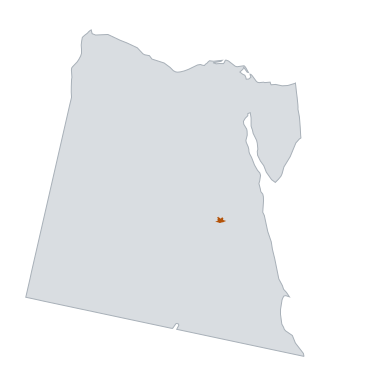 Nag Hammadi, Qina, Egypt shown in context, rotated 12°
{"feature_id": "37247803B20461221508658", "entity_name": "Nag Hammadi", "entity_type": "district", "adm_level": 2, "iso_a3": "EGY", "parent_name": "Egypt", "parent_adm1": "Qina", "projection": "natural_earth1", "projection_center": [32.278, 26.068], "detail": "fine", "context": "in_parent", "style": "filled", "palette": "amber", "viewbox_px": 384, "rotation_deg": 12, "n_neighbors": 0, "source": "geoboundaries", "source_scale": "gbopen_adm2", "svg_char_len": 4863}
<svg xmlns="http://www.w3.org/2000/svg" viewBox="0 0 384 384"><g transform="rotate(12 192 192)"><path d="M335.5,329.5L327.7,329.5L319.8,329.5L312.0,329.5L304.1,329.5L296.3,329.5L288.4,329.5L280.6,329.5L272.8,329.5L264.9,329.5L257.1,329.5L249.2,329.5L241.4,329.5L233.6,329.5L225.7,329.5L217.9,329.5L210.0,329.5L205.6,329.5L206.3,327.0L206.8,325.2L206.3,324.0L204.7,323.7L203.7,324.1L201.4,329.4L200.2,329.6L197.4,329.6L188.3,329.6L179.1,329.6L170.0,329.6L160.9,329.6L151.7,329.6L142.6,329.6L133.5,329.6L124.3,329.6L115.2,329.6L106.1,329.6L97.0,329.6L87.8,329.6L78.7,329.6L69.6,329.6L60.4,329.5L51.3,329.5L51.4,323.2L51.5,316.8L51.6,310.4L51.6,304.0L51.7,297.6L51.8,291.2L51.9,284.8L52.0,278.4L52.1,272.0L52.2,265.6L52.3,259.2L52.4,252.8L52.5,246.4L52.6,240.1L52.7,233.7L52.8,227.3L52.9,220.9L53.0,214.5L53.1,208.1L53.2,201.7L53.3,195.3L53.4,188.9L53.5,182.5L53.6,176.1L53.7,169.7L53.8,163.3L53.9,156.9L54.0,150.5L54.1,144.1L54.2,137.7L54.3,131.3L54.5,124.9L54.3,123.7L53.1,119.3L52.0,113.8L50.8,107.0L50.7,104.8L48.7,97.8L48.5,95.8L49.1,94.4L52.7,88.5L53.8,85.7L54.8,82.2L55.1,79.4L54.2,75.2L53.1,71.3L52.7,67.4L52.6,63.5L54.5,60.9L56.7,58.4L57.5,56.9L58.8,55.2L59.7,54.4L61.4,57.9L65.1,58.5L77.0,55.4L90.1,58.5L97.3,59.7L108.5,62.3L115.2,67.0L117.1,67.6L122.0,67.5L125.2,70.3L137.9,71.6L144.7,74.7L148.5,77.2L150.9,77.9L152.9,77.8L155.7,76.9L159.2,75.2L163.0,72.8L171.0,66.6L173.8,65.5L175.6,65.8L177.8,65.7L178.7,64.1L179.9,62.9L180.6,61.6L181.8,60.0L185.9,59.6L194.2,56.9L193.2,58.2L185.7,61.2L188.9,61.6L192.2,60.6L196.0,59.9L196.7,58.6L197.2,56.2L197.9,55.9L200.5,56.3L208.2,60.0L210.1,60.1L215.5,58.1L216.7,57.7L218.4,58.8L222.4,63.4L221.0,63.3L216.7,59.3L216.3,61.3L213.9,64.7L216.9,66.2L219.4,66.8L220.8,68.7L221.6,70.4L224.0,69.7L225.8,67.4L224.9,66.1L224.3,64.7L225.1,64.7L226.8,65.8L231.7,70.2L233.3,71.1L235.2,71.0L239.2,69.7L240.3,69.9L245.6,68.3L246.2,69.5L247.1,70.7L251.4,69.4L258.1,69.4L263.6,67.9L270.0,64.4L270.5,63.9L270.8,64.8L271.6,67.1L273.6,73.2L275.3,78.0L277.4,84.6L278.1,87.1L278.4,88.9L281.4,96.1L283.2,102.1L284.6,106.9L286.5,114.0L287.3,116.5L286.0,117.8L283.4,122.4L280.7,137.0L276.7,148.4L276.3,155.5L275.7,158.1L273.8,161.7L271.5,165.3L267.3,163.4L260.6,157.2L256.7,151.3L252.5,147.5L248.5,142.4L247.4,138.7L247.5,136.4L245.7,130.7L244.4,128.0L239.6,121.9L238.2,118.7L237.2,117.2L236.1,115.2L234.4,107.3L232.5,102.3L230.3,103.7L230.7,105.8L228.8,108.7L227.6,112.1L228.5,114.9L232.4,119.1L233.2,120.9L234.2,124.9L234.0,130.3L234.7,132.1L237.6,136.2L238.7,138.5L239.3,140.6L240.3,142.5L243.2,146.0L247.5,152.6L251.5,157.1L254.4,159.3L255.6,161.5L255.9,167.1L255.7,169.8L258.2,174.8L259.2,177.3L261.7,179.4L262.8,181.8L263.8,185.7L265.4,197.1L267.6,199.9L274.3,214.9L279.9,224.3L282.6,231.4L286.8,240.1L295.0,259.0L299.9,264.8L301.8,268.1L305.3,270.6L309.1,274.3L305.5,273.9L304.6,274.1L303.4,274.8L302.8,277.0L302.5,278.8L303.0,288.4L304.0,293.3L307.3,302.5L309.7,305.3L310.8,307.1L312.5,308.4L320.0,311.5L324.5,318.2L334.5,326.7L335.5,329.0L335.5,329.5Z" fill="#d9dde1" stroke="#a8b0b8" stroke-width="1"/><path d="M223.5,212.4L223.6,212.5L223.6,212.4L223.8,212.6L223.7,212.8L223.6,213.0L223.4,213.3L223.5,213.4L223.6,213.5L223.7,213.8L223.8,213.9L223.7,214.1L223.8,214.4L223.8,214.5L223.8,214.8L223.9,215.0L223.7,215.3L223.4,215.5L223.6,215.5L223.9,215.6L224.2,215.6L224.4,215.6L224.6,215.6L224.8,215.6L225.0,215.5L225.3,215.8L225.6,215.7L225.8,215.6L226.0,215.6L226.3,215.4L226.4,215.2L226.7,215.1L226.9,215.0L227.0,215.0L227.2,214.8L227.3,214.8L227.5,214.7L227.8,214.6L228.0,214.6L228.3,214.5L228.5,214.4L228.7,214.2L228.8,214.1L229.1,213.9L228.9,213.9L228.9,213.7L228.7,213.7L228.4,213.7L228.4,213.8L228.2,213.9L227.9,213.8L227.7,213.7L227.4,213.5L227.3,213.4L227.2,213.4L226.9,213.4L226.8,213.5L226.7,213.6L226.6,213.9L226.6,214.0L226.6,214.3L226.6,214.5L226.4,214.7L226.3,214.8L226.2,214.8L225.9,214.9L225.7,214.9L225.4,214.8L225.3,214.7L225.2,214.6L225.1,214.4L225.0,214.2L224.9,214.1L224.9,213.9L224.8,213.6L224.9,213.4L224.8,213.2L224.7,213.0L224.7,212.9L224.5,212.7L224.4,212.7L224.2,212.5L224.2,212.4L223.9,212.2L223.7,212.1L223.4,212.1L223.5,212.2L223.5,212.3L223.5,212.4ZM224.3,212.3L224.5,212.5L224.8,212.7L224.8,212.8L225.0,212.9L225.0,213.0L225.1,213.3L225.1,213.5L225.1,213.8L225.0,214.0L225.1,214.3L225.2,214.5L225.3,214.5L225.5,214.7L225.6,214.8L225.8,214.8L226.0,214.8L226.1,214.7L226.3,214.6L226.4,214.4L226.5,214.4L226.5,214.2L226.6,213.9L226.5,213.7L226.5,213.4L226.6,213.2L226.8,213.2L227.0,213.2L227.2,213.3L227.3,213.3L227.3,213.2L227.2,213.0L227.2,212.9L227.4,212.7L227.3,212.4L227.2,212.2L227.3,212.2L227.4,211.9L227.4,211.7L227.2,211.6L227.0,211.4L226.9,211.5L226.7,211.9L226.7,212.4L226.6,212.5L226.5,212.8L226.4,212.8L226.2,212.9L226.1,213.0L225.7,213.0L225.6,212.9L225.4,212.9L225.1,212.9L224.9,212.6L224.6,212.4L224.4,212.3L224.3,212.3Z" fill="#f59e0b" stroke="#b45309" stroke-width="1.5"/></g></svg>